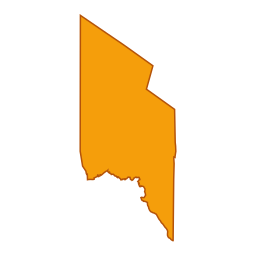 Palauli East, Palauli, Samoa (orthographic projection)
{"feature_id": "51752279B87683289177764", "entity_name": "Palauli East", "entity_type": "district", "adm_level": 2, "iso_a3": "WSM", "parent_name": "Samoa", "parent_adm1": "Palauli", "projection": "orthographic", "projection_center": [-172.295, -13.729], "detail": "fine", "context": "isolated", "style": "filled", "palette": "amber", "viewbox_px": 256, "rotation_deg": 0, "n_neighbors": 0, "source": "geoboundaries", "source_scale": "gbopen_adm2", "svg_char_len": 2342}
<svg xmlns="http://www.w3.org/2000/svg" viewBox="0 0 256 256"><path d="M80.4,15.4L80.2,151.3L82.6,166.1L85.9,171.1L86.3,173.4L86.7,174.4L87.3,174.2L87.4,176.7L87.5,179.7L88.6,179.5L90.3,179.4L92.6,179.5L93.7,179.4L94.2,179.1L94.1,177.9L94.5,177.8L95.7,177.2L97.2,176.5L97.4,176.2L97.7,175.0L98.0,175.0L98.2,175.5L98.4,175.8L98.1,176.5L98.7,176.6L99.1,176.1L100.0,175.9L100.2,175.4L100.2,174.7L100.5,174.7L100.6,175.2L101.1,175.2L101.6,174.9L102.4,174.2L104.1,172.7L106.2,171.2L107.2,170.8L107.7,170.3L107.6,171.3L108.7,172.6L109.1,172.7L109.4,172.1L109.6,172.2L109.6,173.1L110.2,173.5L110.8,173.6L111.3,174.5L113.0,174.2L113.3,174.3L114.5,175.4L114.4,176.1L114.6,175.8L115.0,176.0L116.4,176.2L116.9,177.1L117.5,177.5L117.8,176.8L118.1,176.8L118.6,177.1L119.1,177.9L119.6,178.1L120.5,178.9L120.8,179.8L121.1,179.9L122.3,179.2L122.7,179.5L122.9,179.2L124.3,178.9L124.5,179.0L125.0,179.7L125.3,179.5L125.0,179.2L125.2,178.8L126.1,178.8L126.7,178.6L127.5,177.8L127.7,177.4L128.8,177.1L129.4,177.3L130.0,177.4L130.0,177.8L130.3,178.1L130.3,178.6L130.4,179.2L131.0,179.7L131.8,179.9L132.0,180.3L132.9,179.8L133.3,179.3L133.8,178.6L133.9,178.1L134.7,177.8L135.4,177.2L136.4,177.2L136.9,177.7L137.6,177.4L138.9,177.3L139.2,177.6L139.2,178.3L139.5,178.6L139.9,179.2L139.8,179.7L138.9,180.0L138.8,180.4L138.2,181.0L138.2,181.5L137.9,181.6L138.4,182.3L138.6,183.0L139.2,183.2L139.2,183.5L138.6,183.9L138.9,184.5L139.4,186.0L139.8,186.6L140.1,186.7L140.9,186.5L141.1,186.4L141.1,185.9L141.8,186.3L142.3,186.2L143.1,186.4L143.7,186.8L145.0,189.0L144.9,190.7L144.6,191.7L145.0,192.4L145.3,193.6L145.6,195.2L144.5,196.9L144.2,197.5L143.2,197.6L142.2,197.4L141.5,197.3L140.9,197.6L141.7,199.9L142.4,200.6L143.3,200.8L143.6,201.3L144.5,201.3L145.9,201.7L147.1,202.3L147.5,202.8L147.4,203.8L147.7,205.5L148.5,206.8L148.7,208.1L149.6,210.2L150.2,211.0L150.8,211.7L152.0,212.2L153.1,212.8L154.4,213.1L155.5,213.9L156.3,214.2L159.0,219.2L160.5,221.0L161.3,222.6L162.8,224.0L165.1,227.3L166.2,228.4L167.3,230.1L167.7,231.6L167.5,233.7L167.5,235.3L168.1,236.9L169.0,237.9L170.1,238.3L171.0,239.5L172.7,240.6L173.1,240.6L173.7,179.3L174.1,163.7L173.8,158.4L173.9,157.0L175.0,157.4L175.0,156.7L175.8,151.4L175.6,146.1L175.2,142.4L174.6,109.4L146.4,89.2L152.9,65.8L123.5,44.8L113.5,38.0L106.0,32.9L80.4,15.4Z" fill="#f59e0b" stroke="#b45309" stroke-width="1.5"/></svg>